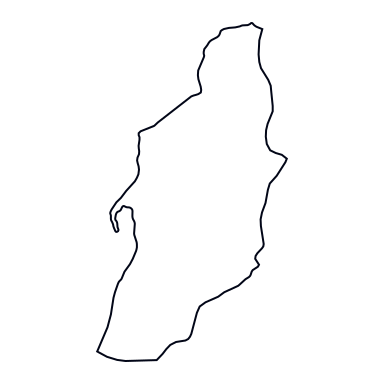 Tébessa, Albers equal-area conic projection
{"feature_id": "DZA-2223", "entity_name": "Tébessa", "entity_type": "Province", "adm_level": 1, "iso_a3": "DZA", "parent_name": "Algeria", "parent_adm1": "", "projection": "albers", "projection_center": [7.688, 35.056], "detail": "fine", "context": "isolated", "style": "outline", "palette": "ink", "viewbox_px": 384, "rotation_deg": 0, "n_neighbors": 0, "source": "natural_earth", "source_scale": "10m", "svg_char_len": 2616}
<svg xmlns="http://www.w3.org/2000/svg" viewBox="0 0 384 384"><path d="M239.5,284.7L238.2,285.8L224.3,292.2L218.2,296.7L205.5,302.3L199.7,306.5L196.9,312.8L191.3,333.9L190.0,336.7L188.2,339.0L185.4,340.5L176.0,342.0L170.3,344.9L166.3,349.1L162.6,353.9L156.7,360.1L125.5,361.0L117.1,359.9L107.0,356.8L97.2,351.5L107.5,327.3L110.9,314.5L113.5,297.8L115.0,292.2L117.9,283.9L118.7,282.1L119.3,281.3L121.2,279.4L121.7,278.5L124.5,271.7L130.0,264.1L132.8,258.8L136.1,250.9L136.5,249.4L136.9,247.4L136.9,244.8L136.8,243.3L136.6,242.1L134.4,235.3L134.2,234.4L134.1,233.4L134.8,223.8L134.6,222.5L134.2,221.3L133.8,220.6L133.0,219.1L132.7,218.2L132.5,217.3L132.4,216.4L132.4,215.4L132.5,211.3L132.4,210.3L132.1,209.5L131.6,208.8L130.9,208.2L130.1,207.7L129.1,207.4L127.1,207.3L126.2,207.1L123.9,206.0L123.2,206.1L122.4,206.7L121.8,207.8L120.8,209.9L119.9,210.8L119.0,211.3L118.1,211.6L117.4,212.0L116.8,212.6L116.2,213.7L115.8,214.9L115.2,218.3L115.3,219.5L115.6,220.2L116.2,220.8L116.6,221.5L117.0,222.3L117.2,223.2L117.3,224.1L117.5,227.0L117.8,227.9L118.4,229.5L118.4,230.4L118.0,231.2L116.8,231.9L116.0,231.8L115.4,231.2L114.0,228.0L113.4,226.3L113.1,224.5L112.8,223.7L112.1,222.0L111.3,220.6L111.0,219.7L110.9,218.8L110.9,216.7L110.9,215.7L110.7,214.8L110.4,214.0L110.2,213.1L110.6,211.6L111.6,209.5L116.4,202.3L120.9,197.9L126.2,190.9L134.9,181.3L136.9,177.8L138.4,174.3L139.0,169.6L138.6,166.3L137.7,163.2L137.1,160.5L137.5,157.6L139.0,154.2L139.2,151.2L138.8,148.5L138.6,145.8L139.5,139.8L139.5,137.2L138.7,135.2L138.7,133.2L140.6,131.3L154.3,125.8L157.9,122.4L191.3,96.4L193.6,95.5L195.9,94.9L198.3,94.1L200.8,92.5L201.2,90.0L200.7,86.7L198.4,79.2L197.9,75.2L198.2,70.5L203.8,57.3L204.2,55.8L203.7,53.7L203.7,52.6L203.7,52.0L204.3,49.1L207.2,45.4L208.7,42.9L209.6,41.7L210.2,41.1L211.7,40.0L217.1,37.2L218.4,36.1L219.0,35.4L219.4,34.7L219.8,33.8L220.4,32.0L220.7,31.1L221.5,30.4L222.4,29.8L224.0,29.0L229.0,27.9L235.2,27.4L239.8,26.4L241.4,25.7L242.4,25.4L247.7,25.1L248.7,24.7L250.0,24.0L250.4,23.7L250.9,23.2L251.6,23.0L252.4,23.2L254.2,25.2L255.7,26.3L256.8,26.9L262.3,29.1L259.3,40.3L258.6,54.4L259.3,62.0L261.0,68.2L268.2,79.8L270.7,85.7L271.2,91.1L272.7,106.0L272.7,111.3L267.6,123.9L266.1,130.2L265.8,136.7L266.8,144.0L270.2,150.3L275.7,153.0L281.8,154.8L286.8,158.7L285.4,162.2L276.7,175.8L269.8,183.5L267.9,189.8L265.5,203.0L262.0,212.5L260.6,219.4L260.9,226.0L263.7,244.0L263.3,246.4L262.2,248.0L262.0,248.3L257.3,253.3L255.6,256.0L255.2,258.8L259.0,264.7L257.9,266.7L252.7,270.1L251.7,271.6L250.7,274.7L250.1,275.9L248.9,277.1L245.5,279.2L239.5,284.7Z" fill="none" stroke="#020617" stroke-width="2"/></svg>